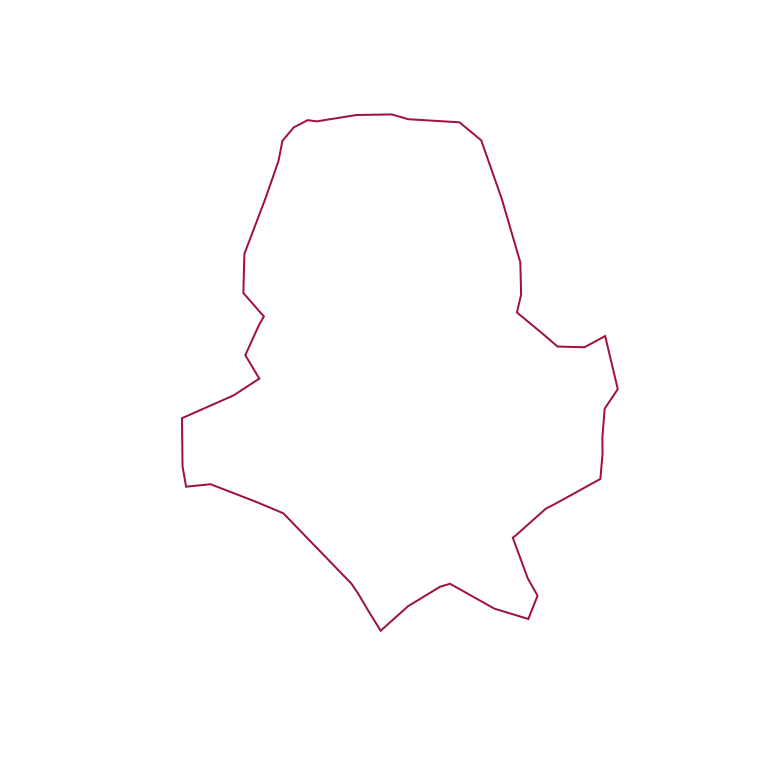 the district of Erdenedalai, Dundgovi, Mongolia, rotated 337°
{"feature_id": "93677404B12047368339882", "entity_name": "Erdenedalai", "entity_type": "district", "adm_level": 2, "iso_a3": "MNG", "parent_name": "Mongolia", "parent_adm1": "Dundgovi", "projection": "mercator", "projection_center": [104.982, 46.023], "detail": "fine", "context": "isolated", "style": "outline", "palette": "rose", "viewbox_px": 768, "rotation_deg": 337, "n_neighbors": 0, "source": "geoboundaries", "source_scale": "gbopen_adm2", "svg_char_len": 826}
<svg xmlns="http://www.w3.org/2000/svg" viewBox="0 0 768 768"><g transform="rotate(337 384 384)"><path d="M555.7,172.6L509.7,149.7L496.5,138.9L463.7,125.6L424.5,115.9L416.9,111.3L401.2,112.5L385.5,120.5L374.0,137.5L348.0,166.2L306.3,209.7L290.1,245.3L299.8,274.9L291.7,281.1L267.6,303.3L271.3,330.3L241.2,335.7L184.7,336.5L166.4,381.0L161.7,401.2L185.2,408.5L221.9,444.2L240.8,463.7L276.0,555.1L278.3,566.8L280.9,586.2L284.5,609.8L319.4,597.9L356.6,592.5L366.7,593.7L397.9,634.0L425.0,656.7L442.5,639.0L442.5,637.7L440.4,619.0L442.5,575.8L446.3,574.8L484.5,561.9L493.8,561.3L546.1,555.9L557.9,533.6L564.1,518.6L577.5,492.9L597.2,480.1L606.3,426.3L582.8,428.5L558.3,417.3L551.0,402.3L534.3,370.1L545.1,355.4L557.0,325.3L561.7,285.3L564.7,260.1L568.7,197.7L555.7,172.6Z" fill="none" stroke="#9f1239" stroke-width="2"/></g></svg>